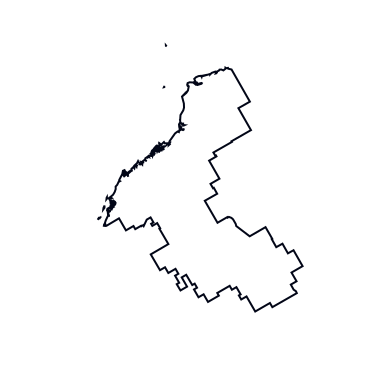 outline of Port Hedland, Western Australia, Australia, rotated 330°
{"feature_id": "25037944B61185375235969", "entity_name": "Port Hedland", "entity_type": "district", "adm_level": 2, "iso_a3": "AUS", "parent_name": "Australia", "parent_adm1": "Western Australia", "projection": "orthographic", "projection_center": [118.535, -20.793], "detail": "fine", "context": "isolated", "style": "outline", "palette": "ink", "viewbox_px": 384, "rotation_deg": 330, "n_neighbors": 0, "source": "geoboundaries", "source_scale": "gbopen_adm2", "svg_char_len": 6127}
<svg xmlns="http://www.w3.org/2000/svg" viewBox="0 0 384 384"><g transform="rotate(330 192 192)"><path d="M187.0,327.1L204.0,327.1L204.0,331.9L232.2,332.0L232.4,329.9L231.2,327.4L231.3,321.6L237.9,321.6L237.9,311.5L250.7,311.5L250.8,293.2L244.4,293.1L244.5,282.0L237.4,281.9L237.5,272.7L238.1,272.7L238.1,259.2L219.8,259.2L213.3,243.6L213.9,241.5L213.9,236.2L213.2,234.1L211.5,232.0L210.0,232.0L210.0,231.4L198.7,231.4L198.7,206.0L212.9,206.1L213.0,199.3L212.1,199.3L212.1,194.2L222.4,194.2L222.5,173.4L231.0,173.4L231.0,172.3L230.3,172.3L230.3,168.5L251.6,168.6L251.6,167.8L274.0,167.9L274.1,142.6L287.3,142.7L287.5,105.7L285.0,103.3L285.2,102.5L283.5,101.9L283.1,101.1L282.5,102.0L280.0,102.4L278.6,100.6L277.0,99.8L276.1,100.3L273.8,100.2L273.4,100.9L272.6,100.8L272.3,101.3L271.9,101.2L272.6,100.7L273.1,100.7L273.3,100.0L272.5,99.4L268.6,98.7L266.7,99.2L266.9,98.9L261.5,97.6L261.8,97.4L258.2,96.2L258.1,96.9L258.5,96.5L258.9,96.9L257.9,97.0L257.7,95.8L255.6,94.9L252.8,94.6L250.5,95.2L250.1,98.9L251.0,99.6L251.0,100.2L250.1,99.3L250.5,101.2L254.7,102.3L254.9,102.7L254.3,103.0L250.1,102.0L249.1,100.7L249.3,101.7L247.8,97.8L244.8,95.8L242.7,95.5L241.4,96.8L241.3,97.9L242.0,98.1L242.0,98.9L239.3,102.0L237.6,102.9L236.5,102.8L236.4,103.4L234.2,103.8L234.7,103.3L231.1,104.3L229.2,111.3L227.3,114.9L225.3,116.9L220.5,119.6L217.3,124.4L216.6,126.3L216.8,125.8L217.1,127.5L218.5,128.3L217.8,129.5L219.0,130.4L218.0,130.3L217.6,129.5L218.1,128.2L216.9,127.8L215.6,126.3L214.6,126.9L213.8,128.6L214.3,128.9L213.6,129.1L213.2,130.1L214.5,130.9L214.9,130.4L215.1,130.5L214.4,131.0L213.5,130.5L213.0,131.7L214.7,132.6L215.4,133.7L216.6,132.8L216.0,133.8L215.0,133.7L214.4,132.8L212.5,132.1L212.3,133.5L212.3,132.4L210.7,132.7L210.9,133.1L210.6,133.5L209.8,132.4L206.6,132.8L198.1,136.7L196.6,138.0L197.4,137.6L197.8,138.0L196.8,138.4L196.8,139.5L195.4,139.8L196.4,138.6L194.3,138.5L195.6,137.8L192.8,136.3L192.7,134.7L188.1,135.8L187.6,135.3L187.9,133.6L188.3,133.8L188.1,133.3L187.8,133.7L187.2,135.2L187.3,135.8L185.9,135.8L185.5,136.1L185.3,136.7L187.4,138.3L189.0,137.7L191.5,138.9L190.9,139.0L190.0,138.2L189.2,138.5L190.2,139.8L188.9,138.5L186.9,139.0L188.6,140.5L189.7,140.4L188.6,140.8L187.9,140.1L187.8,141.2L187.5,140.1L186.1,139.2L186.5,140.7L185.9,141.5L186.2,140.7L185.7,139.2L185.7,139.9L185.2,140.1L185.5,138.1L184.8,139.4L184.3,139.0L184.0,139.9L183.5,140.6L183.1,140.2L183.2,139.5L184.0,139.6L183.5,138.9L184.3,138.3L183.8,136.8L184.6,137.9L185.0,137.5L184.5,137.0L185.1,137.2L184.3,136.1L184.9,135.0L185.4,135.1L184.9,134.2L184.1,134.2L180.3,135.5L182.6,135.4L183.6,136.4L182.6,136.1L182.5,137.3L181.8,137.4L182.6,138.9L182.1,139.3L182.3,138.5L181.1,138.5L181.4,137.7L180.8,137.6L181.7,137.1L181.4,136.2L178.1,138.1L179.4,138.4L178.1,139.5L178.6,140.2L178.1,140.5L177.9,139.6L178.6,138.4L176.4,138.8L176.0,138.4L176.9,138.1L176.1,137.9L175.2,138.2L175.9,139.5L177.0,139.9L177.0,140.3L176.3,140.8L176.7,139.9L175.0,140.6L172.6,138.9L171.9,139.2L172.0,140.3L171.4,139.8L169.6,140.1L170.8,139.8L170.9,139.3L168.4,139.5L167.5,140.6L167.8,141.9L167.0,142.3L167.6,141.7L166.6,140.5L164.3,140.8L164.0,141.4L164.5,142.1L164.3,142.9L164.3,142.0L163.2,140.8L163.2,142.5L162.6,143.4L162.1,141.7L160.8,142.2L160.5,141.8L161.5,141.3L160.6,139.8L160.7,138.3L158.7,139.6L154.5,140.5L157.4,141.2L157.5,141.3L157.7,142.5L157.3,141.4L156.6,142.3L156.5,141.4L155.5,140.9L153.9,142.7L153.6,141.1L151.1,141.7L150.5,143.0L151.1,143.9L149.6,143.0L149.3,143.5L148.8,143.6L149.2,143.2L148.4,142.8L146.5,143.1L147.5,143.1L146.4,143.4L144.9,145.3L144.4,146.9L144.7,144.8L145.4,143.8L141.1,144.5L141.0,143.6L141.5,142.9L143.1,142.4L144.0,143.2L144.7,142.9L142.7,141.6L144.6,142.3L144.8,142.9L144.6,142.0L143.1,141.4L143.5,141.3L143.1,140.3L142.2,141.3L142.9,141.4L141.8,141.8L141.9,140.8L143.2,140.2L143.8,141.3L144.9,141.9L144.4,140.7L144.5,139.3L142.8,139.1L140.6,141.6L135.1,145.1L134.7,145.8L135.1,146.6L134.4,146.6L134.4,145.9L130.8,148.4L128.6,149.1L127.4,151.3L125.1,153.3L122.3,154.9L118.0,155.7L118.8,155.8L118.6,156.4L119.2,156.6L119.4,157.1L118.4,156.8L117.5,155.6L116.8,155.8L116.9,159.4L116.5,159.5L115.8,161.2L117.0,161.7L117.7,159.4L119.0,158.9L117.9,159.5L118.1,160.0L117.6,160.5L118.8,160.1L117.6,160.8L117.0,162.4L118.1,162.7L118.8,163.6L119.4,163.0L119.1,162.1L120.1,161.8L119.9,161.4L120.0,161.1L120.3,161.8L119.3,162.4L119.6,162.9L119.3,163.6L120.3,163.0L120.5,164.0L120.0,163.3L119.8,163.8L118.8,163.9L118.9,165.3L118.6,163.7L117.3,163.5L117.6,163.8L117.7,164.1L117.4,164.0L117.2,164.9L116.7,165.0L117.1,165.1L116.9,165.9L116.8,165.2L116.1,164.9L117.1,164.7L116.8,163.6L116.0,163.5L116.1,163.1L115.5,162.9L114.5,163.2L113.7,164.6L114.6,164.7L115.0,165.2L114.4,165.0L114.0,165.4L115.7,166.4L114.6,165.9L113.7,167.0L113.3,166.9L114.1,166.0L112.4,165.3L113.0,165.0L112.7,164.4L111.3,164.9L111.9,164.2L110.4,164.2L109.3,165.3L109.2,166.5L110.1,166.9L110.0,167.6L110.8,166.8L111.4,166.6L110.7,167.2L111.3,167.3L112.2,168.0L111.1,167.4L110.8,167.7L108.8,167.7L108.0,169.5L108.5,170.6L108.1,171.1L107.4,170.5L103.1,173.5L101.1,175.3L100.9,176.2L99.7,176.1L98.8,177.2L100.0,178.1L100.8,177.8L101.1,178.5L115.6,178.3L115.6,192.2L124.3,192.2L124.3,195.8L131.0,195.8L131.0,196.3L133.2,196.3L133.2,197.3L139.0,193.3L143.4,193.3L143.4,199.1L140.7,199.1L140.7,201.5L146.3,201.5L146.3,207.5L145.4,207.5L145.5,225.3L125.1,225.4L125.2,243.7L131.0,243.7L131.0,250.3L139.3,250.3L139.3,256.0L135.5,256.0L135.5,264.2L132.7,264.2L132.8,271.5L140.4,271.5L140.4,260.8L145.6,260.8L145.7,272.7L148.5,272.7L148.5,277.4L145.0,277.4L145.0,286.4L150.9,286.4L150.9,295.2L163.4,295.2L163.4,292.1L177.7,292.1L177.7,296.6L182.9,296.6L182.9,305.0L180.9,305.0L180.9,309.7L187.0,309.7L187.0,327.1ZM177.4,136.7L178.6,137.6L180.4,136.3L180.0,135.8L178.0,136.2L177.4,136.7ZM106.5,162.7L108.3,161.9L109.5,160.0L107.4,161.5L106.5,162.7ZM114.3,155.5L115.1,155.2L115.7,154.0L115.2,154.3L114.3,155.5ZM98.8,168.6L99.5,168.3L98.5,167.8L98.3,168.0L98.8,168.6ZM220.1,87.2L221.2,87.5L220.5,86.9L220.1,87.2ZM96.5,168.8L97.3,168.6L98.1,168.1L97.8,168.1L96.5,168.8ZM242.5,52.4L242.9,53.1L242.7,52.0L242.5,52.4Z" fill="none" stroke="#020617" stroke-width="2"/></g></svg>